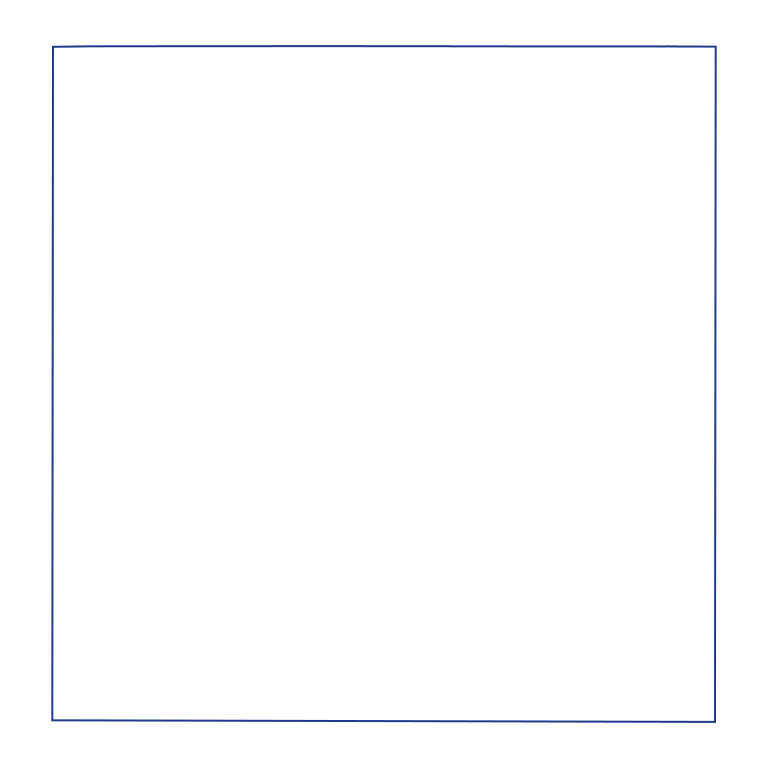 outline of Ochiltree, Texas, United States of America
{"feature_id": "52423323B38476522601311", "entity_name": "Ochiltree", "entity_type": "district", "adm_level": 2, "iso_a3": "USA", "parent_name": "United States of America", "parent_adm1": "Texas", "projection": "mercator", "projection_center": [-100.781, 36.278], "detail": "fine", "context": "isolated", "style": "outline", "palette": "blue", "viewbox_px": 768, "rotation_deg": 0, "n_neighbors": 0, "source": "geoboundaries", "source_scale": "gbopen_adm2", "svg_char_len": 445}
<svg xmlns="http://www.w3.org/2000/svg" viewBox="0 0 768 768"><path d="M52.3,720.3L715.0,721.9L715.7,46.6L676.4,46.5L676.4,46.4L669.9,46.5L669.7,46.4L658.6,46.5L658.6,46.4L590.0,46.4L578.5,46.4L515.9,46.4L496.6,46.3L450.5,46.3L450.5,46.2L400.0,46.2L396.0,46.2L373.8,46.2L341.1,46.1L330.2,46.1L300.2,46.1L257.9,46.2L236.3,46.2L214.1,46.2L185.9,46.2L102.0,46.3L93.3,46.3L53.0,46.8L52.3,720.3Z" fill="none" stroke="#1e3a8a" stroke-width="2"/></svg>